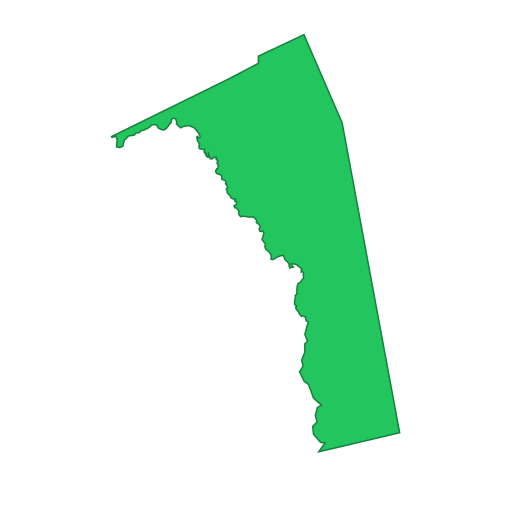 Jasper, Texas, United States of America, rotated 347°
{"feature_id": "52423323B15193843372165", "entity_name": "Jasper", "entity_type": "district", "adm_level": 2, "iso_a3": "USA", "parent_name": "United States of America", "parent_adm1": "Texas", "projection": "mercator", "projection_center": [-94.183, 30.7], "detail": "fine", "context": "isolated", "style": "filled", "palette": "green", "viewbox_px": 512, "rotation_deg": 347, "n_neighbors": 0, "source": "geoboundaries", "source_scale": "gbopen_adm2", "svg_char_len": 2758}
<svg xmlns="http://www.w3.org/2000/svg" viewBox="0 0 512 512"><g transform="rotate(347 256 256)"><path d="M352.5,51.1L303.3,61.8L301.7,68.8L268.4,77.5L142.2,107.1L142.1,107.7L142.8,108.0L144.7,107.9L146.4,107.2L146.9,111.5L145.2,116.5L144.7,118.3L147.5,119.7L150.9,119.1L151.9,117.1L152.0,116.1L151.8,116.2L152.8,115.3L154.1,113.3L158.9,110.4L164.6,110.8L166.8,109.1L169.9,109.6L172.3,108.0L174.6,108.2L179.6,107.1L182.0,106.0L183.6,104.9L186.3,105.1L188.7,105.9L189.5,109.1L191.3,110.9L194.5,112.6L197.2,111.6L203.5,106.5L204.7,103.3L207.1,103.5L208.5,104.3L208.9,107.1L208.2,109.6L211.4,114.2L214.5,113.4L219.9,113.8L224.3,116.9L225.7,119.0L227.8,123.6L228.6,127.5L227.6,128.0L226.4,127.6L226.0,126.2L225.4,126.4L225.0,127.1L224.9,130.9L226.3,134.1L225.1,135.8L225.0,138.7L227.9,140.1L229.9,140.6L229.5,141.8L228.7,142.8L229.2,143.9L229.9,143.8L230.4,144.9L229.7,145.4L229.9,146.7L230.4,148.1L231.6,149.0L232.1,147.7L232.7,145.8L233.0,147.2L233.2,149.5L233.2,150.9L235.0,151.5L237.0,150.5L238.7,150.5L239.6,151.0L238.9,152.0L239.3,153.6L240.2,153.8L240.3,154.8L238.9,156.4L239.6,159.7L238.9,161.3L238.1,162.5L237.5,162.2L236.0,163.6L235.7,165.0L236.4,166.9L238.3,168.1L240.4,169.5L240.5,171.7L239.9,173.4L241.4,174.6L242.8,175.3L243.6,177.4L242.9,177.8L242.5,178.9L243.5,179.3L243.3,180.8L243.9,183.1L242.0,184.1L242.5,185.6L242.1,187.8L244.5,192.0L244.6,193.6L246.6,195.3L248.6,195.8L247.8,196.3L247.8,198.1L249.1,198.3L248.9,200.6L248.4,201.5L245.8,202.1L246.2,204.2L247.3,204.5L248.9,207.0L249.4,207.6L248.6,210.6L248.9,212.4L249.9,214.2L253.5,214.6L257.6,216.4L261.9,217.3L264.1,219.8L264.5,222.2L263.9,223.0L264.7,224.7L265.9,225.4L266.9,228.4L265.2,230.3L265.4,232.8L267.1,233.5L268.1,233.2L268.9,235.3L267.9,237.4L265.5,241.5L267.9,246.4L266.7,248.8L267.0,251.6L269.3,254.5L270.8,257.9L270.7,260.5L269.8,262.4L271.9,263.4L276.3,261.8L280.8,261.3L282.7,261.6L283.2,263.9L283.4,265.9L286.4,270.6L286.0,273.4L286.3,275.4L286.8,275.0L288.8,275.2L289.9,275.2L289.2,273.8L288.3,272.4L288.7,271.5L290.5,272.1L293.3,273.2L295.3,275.9L297.2,277.9L297.9,279.2L296.9,279.7L296.5,281.8L296.7,281.7L296.9,281.1L298.5,282.4L297.7,285.7L297.6,287.4L297.3,288.2L295.9,289.3L293.0,291.7L290.7,292.4L289.5,294.5L288.4,297.5L287.3,302.2L285.4,303.2L285.0,305.7L283.6,308.0L282.7,312.0L284.3,313.6L283.8,314.7L282.9,314.8L283.5,317.4L284.8,320.1L285.2,322.2L286.7,325.0L288.2,324.7L290.4,326.6L290.3,330.5L292.2,332.2L291.7,333.5L290.7,334.2L286.0,343.3L287.0,350.9L283.9,352.4L281.9,360.7L277.0,367.9L277.2,373.7L272.4,378.7L274.8,389.1L278.3,393.0L280.1,407.5L286.2,416.1L281.8,417.4L277.9,424.7L278.2,431.4L273.0,434.7L271.9,442.5L276.9,452.1L281.2,453.7L273.1,460.9L356.2,460.5L369.9,145.7L352.5,51.1Z" fill="#22c55e" stroke="#15803d" stroke-width="1.5"/></g></svg>